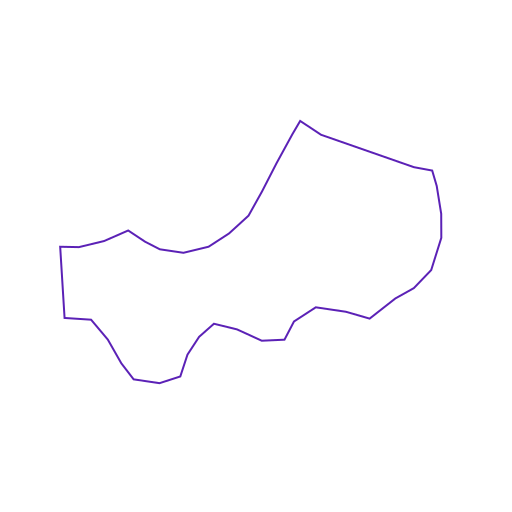 the border of Central Singapore, rotated 237°
{"feature_id": "SGP-4871", "entity_name": "Central Singapore", "entity_type": "state/province", "adm_level": 1, "iso_a3": "SGP", "parent_name": "Singapore", "parent_adm1": "", "projection": "robinson", "projection_center": [103.856, 1.349], "detail": "fine", "context": "isolated", "style": "outline", "palette": "violet", "viewbox_px": 512, "rotation_deg": 237, "n_neighbors": 0, "source": "natural_earth", "source_scale": "10m", "svg_char_len": 652}
<svg xmlns="http://www.w3.org/2000/svg" viewBox="0 0 512 512"><g transform="rotate(237 256 256)"><path d="M345.2,366.6L322.2,376.6L244.5,436.8L231.7,450.3L216.3,445.7L190.5,434.3L170.3,421.3L148.8,395.3L143.1,370.9L144.5,349.8L141.6,317.2L160.3,301.0L180.4,278.2L180.4,252.2L170.3,234.3L181.8,214.7L204.8,200.1L222.1,183.8L219.2,164.3L210.6,144.8L196.2,126.9L201.9,105.8L219.2,86.2L239.3,84.6L266.6,86.2L292.4,83.0L308.3,61.7L370.4,96.8L359.9,112.3L351.3,136.7L347.0,162.7L328.3,170.8L314.0,179.0L298.2,196.9L289.6,221.3L289.6,245.7L293.9,271.7L306.8,296.1L322.6,323.7L338.4,353.0L345.2,366.6Z" fill="none" stroke="#5b21b6" stroke-width="2"/></g></svg>